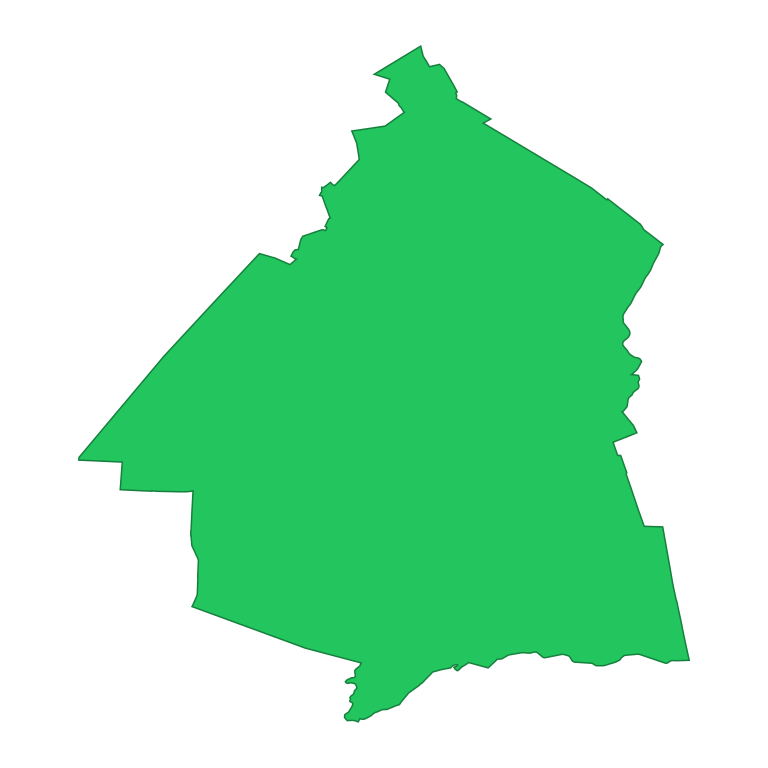 Coevorden, Drenthe, Netherlands (Equal Earth projection)
{"feature_id": "6326949B84902170380829", "entity_name": "Coevorden", "entity_type": "district", "adm_level": 2, "iso_a3": "NLD", "parent_name": "Netherlands", "parent_adm1": "Drenthe", "projection": "equal_earth", "projection_center": [6.762, 52.753], "detail": "fine", "context": "isolated", "style": "filled", "palette": "green", "viewbox_px": 768, "rotation_deg": 0, "n_neighbors": 0, "source": "geoboundaries", "source_scale": "gbopen_adm2", "svg_char_len": 6006}
<svg xmlns="http://www.w3.org/2000/svg" viewBox="0 0 768 768"><path d="M192.0,606.6L305.5,648.2L361.2,662.9L360.7,663.7L360.4,664.2L360.2,665.4L360.0,665.8L355.9,669.1L355.2,670.0L354.8,670.7L354.7,671.4L355.3,675.3L355.3,676.0L355.3,676.6L355.0,677.0L354.5,677.4L353.8,677.6L351.7,677.8L350.9,678.0L349.1,679.0L347.5,679.6L346.6,680.3L345.4,681.7L345.5,682.1L346.0,682.6L346.8,683.1L347.5,683.4L348.2,683.4L350.2,682.8L350.7,682.8L353.1,683.2L354.7,683.7L355.2,684.0L355.7,684.5L356.7,686.9L356.9,687.6L356.7,688.3L356.4,688.7L355.6,689.7L354.8,690.3L354.6,690.6L354.2,691.6L354.0,693.2L353.7,693.7L353.1,694.4L351.0,696.0L350.4,696.7L350.0,697.5L350.1,698.1L350.3,699.0L350.4,699.6L350.3,699.9L350.1,700.5L349.8,701.1L349.8,701.4L350.1,701.7L351.5,702.2L352.2,702.8L352.8,703.5L352.7,704.3L352.0,706.5L348.8,711.7L347.9,712.6L345.6,714.0L345.1,714.4L344.8,714.8L344.6,715.6L344.5,717.2L344.6,717.5L345.0,718.1L347.2,720.6L351.7,720.4L353.2,720.4L355.3,720.8L356.6,721.3L357.3,721.6L358.2,721.9L360.0,718.6L361.2,719.1L361.9,719.2L363.4,719.3L364.4,719.1L366.5,718.2L371.2,715.6L371.5,715.2L372.4,714.7L373.0,713.8L374.6,713.0L375.0,712.5L375.7,712.2L376.4,712.2L378.2,711.5L379.2,711.0L380.7,710.4L382.0,709.6L382.9,709.7L385.3,709.5L387.4,709.4L388.1,708.9L391.1,707.7L391.7,707.5L395.9,705.7L398.9,704.8L399.4,704.6L400.2,703.5L401.3,701.7L403.3,699.5L408.6,693.0L419.3,685.3L420.4,684.1L422.0,683.1L424.3,680.8L425.3,679.6L429.4,675.5L432.7,672.0L441.5,669.6L450.9,667.8L450.9,667.5L451.1,667.1L452.4,666.0L454.1,665.1L455.8,664.5L456.3,664.5L457.4,664.8L457.6,665.0L457.7,665.4L457.5,665.7L456.3,666.4L455.1,666.7L454.2,667.2L453.9,667.5L454.7,668.2L454.9,668.9L455.3,669.3L457.2,670.7L458.1,670.4L459.6,669.3L460.3,668.1L461.7,667.4L461.6,666.8L463.7,665.9L468.8,662.6L488.1,667.9L496.9,659.7L497.1,659.3L498.6,659.0L500.4,659.1L501.6,658.9L502.1,658.7L508.5,655.0L521.8,652.7L523.3,652.7L528.7,653.1L530.0,653.1L531.3,652.9L533.9,652.1L534.9,652.0L536.1,652.1L537.2,652.5L537.9,653.1L542.7,657.1L543.2,657.4L543.8,657.6L544.6,657.7L545.6,657.6L561.7,654.4L562.9,654.4L563.9,654.5L568.1,655.7L568.6,655.9L569.3,656.3L569.7,656.8L572.1,660.7L572.9,661.4L573.8,661.8L574.6,662.1L575.4,662.2L591.3,663.2L591.9,663.3L592.7,663.6L595.4,665.4L596.2,665.6L596.9,665.7L603.2,665.7L604.5,665.5L615.7,662.1L616.9,661.5L619.5,660.2L620.3,659.4L621.0,658.2L621.7,657.5L623.7,655.9L624.3,655.6L624.8,655.4L626.4,655.2L637.2,654.2L638.9,654.3L640.2,654.6L664.5,662.9L665.6,663.2L666.3,663.2L667.3,663.0L668.1,662.6L670.1,661.2L671.0,660.8L671.9,660.6L673.1,660.6L677.6,660.7L689.2,660.3L684.3,637.8L682.2,627.4L681.7,624.5L677.7,606.0L677.3,603.5L676.1,599.3L675.7,599.0L675.5,598.3L675.8,598.0L674.5,592.1L673.7,588.6L672.4,581.9L670.1,568.4L662.7,526.9L644.2,526.3L639.8,514.0L639.4,513.0L630.2,485.7L626.1,474.0L626.8,472.8L620.7,455.5L617.6,455.3L613.1,442.3L617.7,440.4L621.1,439.1L635.3,433.4L635.6,433.3L636.9,432.8L636.9,432.6L635.4,429.7L634.8,428.3L634.7,428.4L633.8,426.2L633.5,425.6L624.5,414.7L623.2,412.9L622.1,411.7L622.7,411.5L623.7,410.7L625.7,408.4L626.8,407.0L626.6,406.9L627.2,405.7L627.4,404.7L628.1,399.4L628.3,398.7L628.5,398.2L629.9,396.8L631.9,395.1L632.8,393.3L633.4,392.4L634.0,391.7L634.8,391.0L637.5,389.1L638.3,388.2L638.7,387.6L638.9,386.6L639.0,385.6L638.2,382.6L638.2,382.0L638.4,381.4L639.4,379.6L639.6,379.0L639.4,378.2L639.1,377.2L638.9,376.8L638.5,375.4L631.4,374.6L633.5,372.9L634.9,371.7L636.1,370.5L637.5,369.0L638.0,368.3L641.6,361.5L640.2,359.2L639.5,358.6L638.7,358.2L638.1,358.0L635.9,357.6L634.7,357.3L634.1,357.0L632.7,356.2L629.7,354.1L628.8,353.1L627.2,350.4L623.6,346.2L623.0,345.3L622.8,344.6L622.7,343.6L622.9,342.6L623.2,341.9L623.9,340.9L627.2,338.3L627.7,337.8L628.5,336.9L628.9,336.3L629.4,335.3L629.8,334.2L629.9,333.2L629.8,332.4L629.6,331.4L629.3,330.6L628.9,329.8L626.8,327.0L623.7,323.1L623.3,322.3L623.1,321.7L623.1,321.3L623.3,319.8L623.2,319.3L623.0,317.6L622.9,316.9L623.1,315.5L623.5,314.2L627.5,307.9L628.4,306.5L630.1,304.6L630.9,303.3L635.1,294.8L635.8,293.6L636.5,292.6L640.0,288.1L640.9,286.8L645.1,278.2L645.9,276.9L648.3,273.8L649.7,271.6L650.7,269.8L652.9,264.5L653.8,262.6L658.4,254.2L659.0,252.9L660.2,248.3L660.6,247.1L661.1,246.2L662.5,245.0L663.1,244.5L643.7,229.6L642.5,227.4L641.5,225.8L640.3,224.2L607.7,198.8L606.8,199.9L591.7,188.1L577.7,179.6L483.2,123.1L490.8,119.0L462.7,102.1L460.7,101.3L456.3,98.7L456.7,95.1L455.7,92.8L457.2,91.9L453.7,85.4L444.1,68.5L439.5,64.4L429.5,66.7L426.2,60.9L423.2,56.2L420.7,46.1L403.7,56.4L374.2,74.3L389.8,79.2L385.5,92.2L398.6,103.4L398.8,104.7L399.2,105.6L399.7,106.2L401.3,107.8L403.3,111.2L404.0,112.0L404.3,112.3L385.1,126.1L351.8,131.0L352.4,132.4L356.7,143.2L359.3,159.4L339.2,180.9L339.3,180.9L334.6,185.6L333.2,184.9L332.6,184.5L330.4,182.3L326.6,185.4L325.9,185.8L324.1,187.1L323.8,187.5L322.2,187.5L321.7,187.3L321.6,189.8L321.8,190.8L321.4,192.6L321.1,192.8L320.8,192.8L319.5,195.4L322.2,196.1L325.2,204.6L326.1,207.1L327.6,210.9L328.9,214.7L329.9,217.2L330.3,218.0L329.3,218.2L328.6,219.1L326.4,223.6L325.9,224.9L325.1,226.4L325.1,226.6L326.8,227.3L327.0,227.6L326.8,228.1L326.0,229.7L325.9,230.1L325.4,230.1L325.1,230.7L322.9,229.7L321.2,230.0L302.9,236.2L300.9,239.3L300.6,240.3L298.3,249.5L295.2,249.8L293.1,252.0L291.0,256.1L291.3,256.2L295.9,259.3L296.2,259.3L290.0,264.6L274.2,257.7L273.3,257.6L259.5,253.6L258.4,254.7L217.7,298.2L163.8,356.4L79.0,457.4L79.0,457.7L78.8,460.1L120.4,462.0L122.3,462.0L120.2,489.7L144.6,490.9L150.5,491.1L152.0,491.2L152.1,490.7L154.6,491.1L156.6,491.3L180.6,491.8L183.9,491.8L187.1,491.7L190.2,491.4L193.2,491.0L193.2,491.8L193.0,492.2L192.8,495.0L192.2,506.9L191.8,514.1L191.1,530.4L190.8,530.9L190.9,531.0L190.8,533.0L190.8,535.3L190.9,536.3L191.1,536.3L191.2,537.0L191.7,543.9L191.8,545.1L192.0,545.9L197.7,558.2L198.1,559.3L198.4,560.8L197.7,577.0L197.9,578.0L197.9,579.0L197.8,581.4L197.8,582.8L197.7,582.8L197.3,593.5L197.2,594.2L197.0,595.4L196.6,596.5L192.7,605.3L192.0,606.6Z" fill="#22c55e" stroke="#15803d" stroke-width="1.5"/></svg>